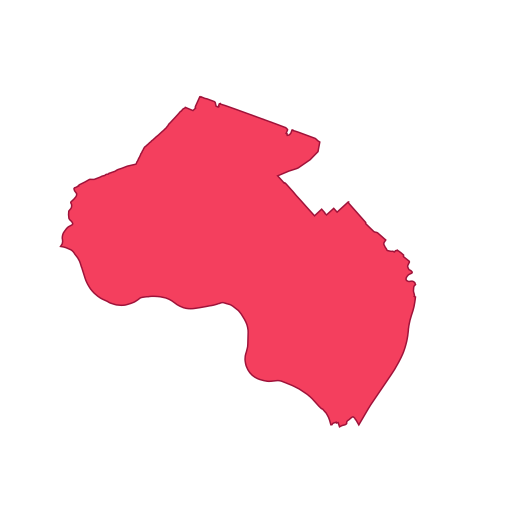 Halderberge, Noord-Brabant, Netherlands, rotated 218°
{"feature_id": "6326949B33385594138749", "entity_name": "Halderberge", "entity_type": "district", "adm_level": 2, "iso_a3": "NLD", "parent_name": "Netherlands", "parent_adm1": "Noord-Brabant", "projection": "albers", "projection_center": [4.523, 51.59], "detail": "fine", "context": "isolated", "style": "filled", "palette": "rose", "viewbox_px": 512, "rotation_deg": 218, "n_neighbors": 0, "source": "geoboundaries", "source_scale": "gbopen_adm2", "svg_char_len": 6041}
<svg xmlns="http://www.w3.org/2000/svg" viewBox="0 0 512 512"><g transform="rotate(218 256 256)"><path d="M415.9,143.2L413.3,144.6L410.8,145.6L405.8,146.9L404.2,147.0L402.6,146.8L401.4,146.5L400.1,146.0L395.4,144.8L394.0,144.2L392.1,143.4L390.1,142.2L386.8,139.9L385.8,139.4L385.5,139.1L384.9,138.7L376.9,133.2L375.0,132.0L372.9,130.9L371.0,130.0L368.2,128.9L366.2,128.2L363.6,127.6L360.6,127.1L355.9,126.9L352.6,127.1L350.7,127.4L345.3,128.7L342.8,129.0L341.7,129.3L341.1,129.5L337.4,130.9L335.8,131.6L331.8,134.2L330.6,135.2L329.0,136.7L327.9,138.1L325.5,141.5L323.7,144.5L323.1,145.9L322.2,148.6L321.4,151.6L321.3,151.9L320.8,152.6L320.0,153.6L317.4,156.3L315.6,157.8L315.2,158.3L313.3,160.1L311.9,161.2L308.9,163.3L306.4,164.9L301.3,167.4L298.2,168.3L296.6,168.6L294.3,168.9L288.2,169.1L285.1,169.6L281.4,170.6L278.9,171.7L276.9,172.9L275.2,174.1L273.4,175.6L272.2,176.8L268.6,180.6L264.1,185.6L261.7,188.4L260.6,189.5L259.0,191.4L257.1,194.0L256.4,195.2L255.6,196.1L254.8,197.5L253.7,198.7L252.7,199.3L249.5,200.5L248.6,200.9L246.4,201.8L245.3,202.0L243.6,202.2L236.4,202.2L234.4,201.8L231.7,201.1L226.1,199.0L223.5,197.8L221.0,196.4L218.9,194.8L216.6,192.7L215.1,190.9L208.3,181.7L206.7,179.3L205.9,177.6L204.5,174.4L203.8,172.5L202.9,170.6L202.3,169.7L201.0,167.8L200.0,166.7L198.2,165.0L196.3,163.5L195.1,162.8L192.4,161.4L190.4,160.7L188.8,160.2L185.5,159.7L182.3,159.8L179.4,160.3L177.3,160.9L173.2,162.6L170.1,164.2L168.6,165.2L166.8,166.8L163.0,170.5L162.1,171.3L160.9,172.1L159.1,173.0L148.1,176.2L145.4,176.8L140.1,177.8L131.0,178.5L126.7,178.4L123.7,178.1L114.1,176.4L110.4,176.0L109.3,176.4L105.7,175.7L104.3,175.5L102.2,174.7L99.5,173.5L96.6,171.7L93.1,169.1L92.3,169.8L92.4,170.8L92.2,171.9L90.5,174.4L89.8,173.9L88.8,175.3L85.0,172.8L84.1,174.8L83.3,176.1L82.6,176.9L81.8,178.1L81.4,179.3L81.4,179.8L81.6,180.0L82.1,180.7L82.4,181.3L82.5,181.5L82.5,182.1L82.4,182.9L82.1,183.6L81.7,185.4L81.6,186.1L81.1,188.1L80.8,188.8L80.6,189.0L80.3,189.1L78.9,189.1L78.4,189.0L76.7,188.3L76.3,188.4L71.0,186.2L73.5,204.9L74.0,209.4L74.3,213.8L76.4,245.4L76.7,249.0L77.0,252.2L78.2,260.2L79.2,265.4L80.1,269.2L80.8,271.6L82.2,275.6L83.3,278.3L84.6,281.3L85.7,283.5L87.3,286.5L90.1,291.1L90.9,292.2L91.9,294.0L92.3,294.6L93.5,296.9L95.1,300.2L95.9,302.2L96.8,304.4L98.7,309.6L100.3,313.3L102.4,317.3L103.9,319.9L105.1,321.9L106.4,321.5L106.8,322.5L107.2,322.8L107.9,323.4L109.7,324.7L110.5,325.5L112.3,328.2L112.8,329.2L112.9,330.0L112.7,331.7L113.5,332.1L114.3,332.7L115.1,332.8L116.1,332.8L117.1,332.5L117.9,332.0L118.9,331.0L119.6,330.2L120.1,329.9L120.8,329.6L122.3,329.4L123.2,329.8L123.7,330.4L124.1,331.1L124.3,332.0L124.4,332.8L124.4,333.4L124.3,335.0L123.9,336.0L122.9,338.0L122.7,338.5L122.7,339.0L122.9,339.3L123.3,339.6L124.6,339.8L125.2,339.8L126.8,339.5L127.2,339.5L128.5,340.1L129.9,340.9L130.3,341.5L130.6,342.0L130.8,343.3L131.1,343.9L131.1,344.7L131.2,345.3L131.9,346.2L139.4,346.3L140.3,347.6L143.9,347.8L148.2,347.6L148.1,347.3L148.1,347.1L148.8,346.7L149.3,346.1L149.4,345.5L149.3,344.6L149.4,344.4L149.6,344.3L151.1,344.0L152.2,343.0L152.8,342.6L155.6,341.3L156.3,341.2L157.5,341.8L159.9,342.6L162.5,343.9L162.9,344.4L163.4,345.5L163.5,347.0L163.6,348.5L164.3,348.6L164.5,348.5L168.8,348.8L174.4,349.1L175.3,348.9L177.0,348.1L177.5,347.9L178.3,347.8L189.3,349.0L189.6,349.2L190.1,349.9L190.4,350.0L215.1,354.6L215.4,354.7L215.9,355.0L216.1,355.2L216.3,355.6L216.6,355.4L219.1,340.5L224.1,341.4L225.7,331.8L228.0,332.0L228.3,332.4L233.1,333.3L234.6,323.7L247.8,326.0L248.8,326.2L254.2,327.2L261.4,328.4L266.9,329.6L268.8,329.9L276.5,331.3L278.4,331.4L278.5,331.0L278.6,330.8L288.3,332.5L282.4,343.1L278.0,349.6L277.0,351.3L272.6,365.3L272.6,365.8L272.5,366.2L272.3,368.3L271.4,376.4L275.9,385.1L277.6,384.9L278.7,384.9L280.1,385.1L281.8,385.1L298.7,379.7L301.8,378.6L303.7,377.8L303.9,377.9L304.3,377.9L304.2,377.6L304.7,377.4L304.8,377.7L305.2,377.4L305.1,377.1L304.2,374.4L304.2,373.2L304.3,372.2L304.5,371.7L304.7,371.3L305.0,371.1L305.6,370.3L306.6,371.1L306.7,371.4L307.7,371.1L308.5,373.9L308.5,374.0L308.7,374.5L308.8,374.9L309.1,375.1L309.5,375.2L311.1,375.4L311.7,375.4L322.6,372.0L361.5,359.4L372.6,355.7L377.1,354.0L377.6,354.1L377.5,353.8L378.0,353.7L378.1,353.9L378.5,353.6L378.6,353.4L378.0,351.4L377.4,351.1L377.2,350.6L377.6,350.0L379.8,349.5L382.4,351.7L383.1,352.0L384.0,352.0L391.3,349.7L393.4,348.7L397.4,347.6L397.2,347.1L398.3,346.8L395.8,336.5L395.2,335.5L394.7,335.4L394.8,334.5L395.2,331.8L403.2,329.6L403.1,329.1L403.1,328.9L403.7,327.7L404.1,326.5L404.1,324.2L404.5,323.5L404.6,322.3L404.6,320.9L405.0,315.6L405.3,312.5L405.7,307.7L405.9,306.9L405.8,305.3L405.6,304.4L405.7,303.7L405.7,301.0L405.9,300.4L406.2,297.8L406.5,296.6L407.4,291.0L408.1,288.1L408.2,287.2L408.5,285.6L408.7,284.1L409.2,282.4L409.2,281.2L409.6,279.9L409.8,278.1L410.2,276.2L410.4,274.9L410.8,273.3L410.8,272.8L410.7,272.3L410.6,271.3L410.3,270.3L410.1,268.4L409.7,267.3L409.7,266.9L409.6,265.4L409.4,264.9L409.1,264.2L409.0,263.3L408.6,261.9L408.6,261.0L407.8,257.9L407.8,257.0L407.2,255.0L407.2,254.4L412.7,247.6L415.8,242.4L417.9,239.3L418.7,237.7L419.0,236.6L419.2,236.1L420.0,234.8L421.2,233.0L421.7,232.1L422.3,231.3L422.8,230.5L422.7,230.2L422.9,229.5L423.9,228.5L424.3,228.1L424.5,227.6L424.7,226.6L424.9,226.2L426.5,224.1L427.5,222.0L430.7,216.7L434.1,214.1L434.3,213.9L434.5,213.5L436.4,208.9L438.9,203.7L439.3,202.2L438.9,202.0L440.0,199.6L440.3,199.0L440.8,198.3L441.0,198.0L440.9,197.0L440.2,196.4L439.1,195.7L435.7,194.7L435.1,193.9L434.7,193.2L434.6,192.7L434.4,191.9L434.5,188.8L435.1,185.0L435.1,184.6L435.0,184.3L434.7,183.9L433.3,183.2L432.5,182.5L432.2,182.1L431.4,180.8L431.2,180.0L431.1,179.2L431.2,176.5L431.1,176.0L430.9,175.7L429.1,173.1L426.6,170.5L425.9,170.2L425.1,169.9L422.8,169.7L421.4,169.3L420.5,168.8L420.1,168.2L420.1,167.6L420.2,167.1L421.8,163.5L422.0,162.5L422.2,161.1L422.1,157.2L421.9,155.3L421.6,154.4L421.2,153.3L420.4,151.8L419.6,150.7L418.6,149.8L417.3,148.4L416.4,146.7L416.1,145.8L416.0,144.3L415.9,143.2Z" fill="#f43f5e" stroke="#9f1239" stroke-width="1.5"/></g></svg>